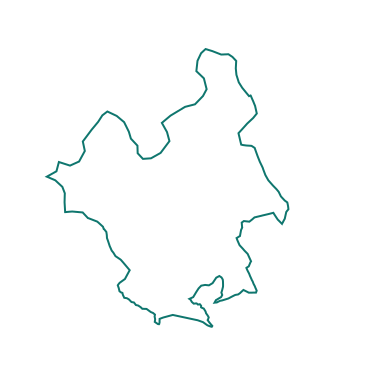 outline of Mylikouri, Nicosia, Cyprus, rotated 317°
{"feature_id": "46923920B19881543279373", "entity_name": "Mylikouri", "entity_type": "district", "adm_level": 2, "iso_a3": "CYP", "parent_name": "Cyprus", "parent_adm1": "Nicosia", "projection": "natural_earth1", "projection_center": [32.723, 34.946], "detail": "fine", "context": "isolated", "style": "outline", "palette": "teal", "viewbox_px": 384, "rotation_deg": 317, "n_neighbors": 0, "source": "geoboundaries", "source_scale": "gbopen_adm2", "svg_char_len": 3588}
<svg xmlns="http://www.w3.org/2000/svg" viewBox="0 0 384 384"><g transform="rotate(317 192 192)"><path d="M302.9,102.7L299.4,96.7L293.3,96.7L285.5,99.8L277.6,106.6L278.2,117.0L272.8,126.8L265.5,129.3L254.0,129.9L245.0,125.0L228.4,121.5L217.1,120.9L214.6,131.1L210.2,139.4L195.7,142.0L185.0,139.4L178.7,134.3L178.7,126.6L183.7,120.9L183.7,111.3L186.9,104.9L190.0,94.6L188.8,85.0L185.0,75.4L178.7,74.8L171.2,76.7L161.1,78.0L146.6,80.6L141.6,88.9L130.2,92.7L120.8,89.5L115.1,79.3L107.0,84.4L96.3,81.8L100.0,90.2L100.3,94.4L100.7,99.8L98.1,106.2L96.4,107.9L91.8,112.6L85.5,120.2L85.6,120.3L88.6,122.6L91.1,124.6L96.4,130.5L98.1,132.4L98.1,132.8L98.1,136.2L98.1,140.1L98.4,140.5L102.5,149.0L102.7,150.6L103.2,156.7L102.2,158.9L102.4,159.2L102.1,162.8L100.4,165.3L98.4,167.7L97.6,169.6L96.8,171.4L95.0,175.3L94.9,175.5L94.3,177.3L93.3,180.1L93.3,180.3L93.1,182.8L92.3,186.7L93.6,192.4L93.7,193.2L93.6,196.4L93.1,206.7L88.6,208.2L83.6,209.9L77.4,209.1L77.0,209.1L75.5,209.3L74.1,209.6L72.9,212.3L71.3,215.1L71.6,217.0L72.3,218.3L71.3,220.1L70.3,223.2L71.9,225.2L72.6,227.4L72.7,231.2L74.2,233.2L73.9,236.4L75.2,238.3L75.9,241.3L76.0,243.5L79.0,246.5L80.0,251.7L81.0,253.9L81.3,256.4L79.7,257.6L78.3,259.9L76.2,261.6L77.0,265.3L77.7,266.2L77.9,266.2L79.4,265.2L80.5,264.0L81.8,262.7L85.4,264.2L94.1,268.8L108.7,289.7L111.3,294.7L112.3,299.8L112.8,301.0L113.7,302.8L114.5,304.0L114.8,304.1L115.5,303.8L115.6,300.9L115.8,298.4L116.1,296.4L116.3,296.4L118.7,295.1L119.0,294.1L119.3,292.5L119.6,290.2L120.3,288.9L120.4,288.7L121.1,285.3L120.1,283.0L120.0,282.5L121.1,281.4L121.2,279.4L119.6,278.4L119.4,276.7L119.2,276.4L117.1,274.8L116.9,272.2L117.5,269.8L117.2,268.4L121.2,269.7L127.1,268.0L131.1,267.0L134.9,266.8L138.2,268.9L140.7,271.8L144.9,272.7L151.3,271.2L154.7,272.1L155.3,274.6L154.8,277.0L153.6,278.6L151.2,281.3L150.1,282.4L149.8,282.6L146.7,284.6L144.9,285.6L143.9,287.9L143.8,288.0L141.6,288.7L138.1,287.9L137.4,287.8L135.8,287.4L133.0,288.3L133.7,288.8L134.8,289.7L136.6,290.2L138.3,290.7L140.0,291.8L143.5,293.5L146.0,294.7L149.8,295.7L150.1,295.8L152.9,296.6L153.6,296.9L155.9,298.4L158.1,298.7L162.8,298.7L164.7,303.8L164.7,304.0L164.9,304.4L170.2,309.2L172.0,308.3L172.7,306.4L172.9,305.7L173.7,303.7L174.4,301.1L175.4,298.7L175.6,297.6L175.9,296.7L176.1,296.2L177.2,292.9L178.1,290.7L179.0,287.4L180.0,284.6L180.3,284.6L182.8,285.1L186.7,283.3L187.9,283.0L189.5,278.2L190.5,275.2L190.4,271.2L190.4,270.3L190.5,268.2L190.5,263.4L191.1,261.6L192.3,258.2L193.2,256.1L193.6,256.2L197.1,256.9L197.6,256.5L201.9,253.3L204.3,252.3L204.3,252.2L204.5,252.1L207.5,248.3L210.1,248.6L213.7,252.8L217.1,253.1L220.3,253.2L220.6,253.3L221.4,253.8L222.5,254.4L226.7,256.8L227.3,257.1L232.9,260.3L237.3,262.7L236.8,265.2L235.9,270.6L236.0,273.2L236.1,276.6L236.3,276.5L237.7,276.2L238.1,276.0L240.1,275.3L241.7,274.8L242.2,274.4L247.3,270.9L249.0,270.6L250.7,270.4L250.8,270.3L252.3,268.3L253.6,266.3L254.6,264.6L254.0,261.5L254.0,255.9L255.5,251.0L255.7,247.5L255.7,247.2L255.6,242.6L255.8,235.5L257.2,229.7L259.5,224.1L260.2,222.6L260.5,221.7L261.0,220.1L262.3,215.9L262.6,215.2L264.0,211.6L264.6,210.1L266.8,205.0L267.9,202.5L267.3,200.0L267.0,198.9L266.7,198.5L263.4,195.0L261.2,192.3L260.3,190.9L262.5,187.0L264.0,184.4L266.1,180.7L271.3,180.3L273.5,180.1L279.0,179.6L279.7,179.6L284.4,179.6L287.2,179.6L292.9,178.8L296.7,172.3L296.8,172.2L297.5,170.3L298.7,167.2L299.4,165.1L300.7,161.5L300.7,161.4L299.1,160.8L299.4,155.9L299.8,150.0L301.0,143.7L304.4,136.6L308.3,131.5L313.7,126.3L313.7,120.8L312.6,116.1L307.1,111.4L302.9,102.7Z" fill="none" stroke="#0f766e" stroke-width="2"/></g></svg>